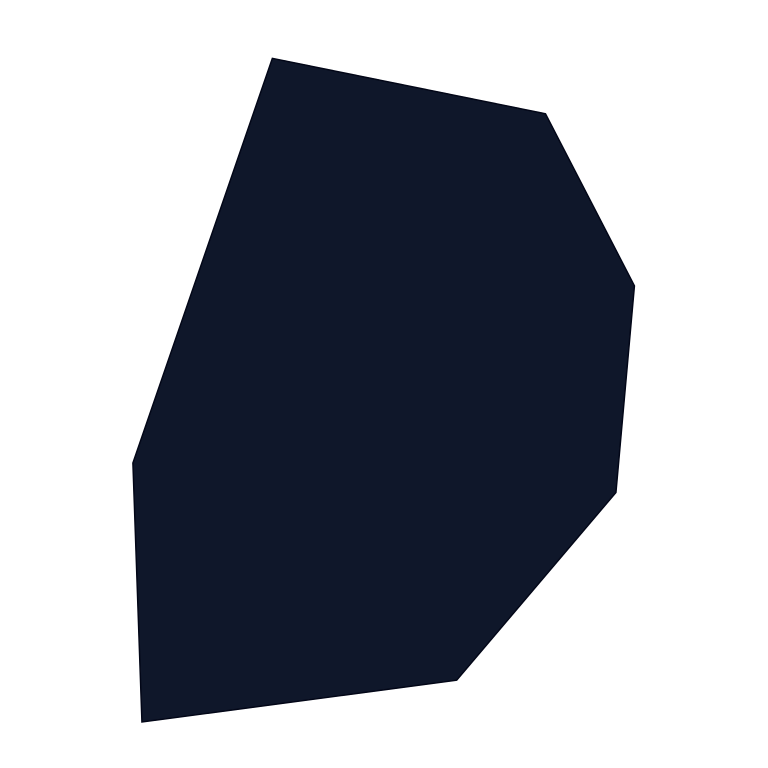 Maradi, Maradi, Niger (Mercator projection), rotated 88°
{"feature_id": "23599985B96333695472040", "entity_name": "Maradi", "entity_type": "district", "adm_level": 2, "iso_a3": "NER", "parent_name": "Niger", "parent_adm1": "Maradi", "projection": "mercator", "projection_center": [7.133, 13.501], "detail": "fine", "context": "isolated", "style": "filled", "palette": "ink", "viewbox_px": 768, "rotation_deg": 88, "n_neighbors": 0, "source": "geoboundaries", "source_scale": "gbopen_adm2", "svg_char_len": 265}
<svg xmlns="http://www.w3.org/2000/svg" viewBox="0 0 768 768"><g transform="rotate(88 384 384)"><path d="M119.6,213.2L54.7,484.2L454.2,637.7L713.3,637.7L682.5,321.7L500.5,156.0L294.7,130.3L119.6,213.2Z" fill="#0f172a" stroke="#020617" stroke-width="1.5"/></g></svg>